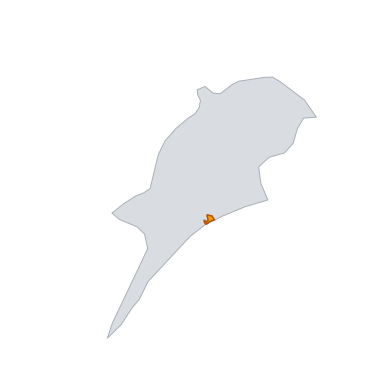 Agios Epiktitos, Cyprus shown in context, rotated 151°
{"feature_id": "46923920B11647519105740", "entity_name": "Agios Epiktitos", "entity_type": "district", "adm_level": 2, "iso_a3": "CYP", "parent_name": "Cyprus", "parent_adm1": "", "projection": "natural_earth1", "projection_center": [33.422, 35.313], "detail": "fine", "context": "in_parent", "style": "filled", "palette": "amber", "viewbox_px": 384, "rotation_deg": 151, "n_neighbors": 0, "source": "geoboundaries", "source_scale": "gbopen_adm2", "svg_char_len": 1543}
<svg xmlns="http://www.w3.org/2000/svg" viewBox="0 0 384 384"><g transform="rotate(151 192 192)"><path d="M268.8,203.2L272.2,212.3L257.6,214.9L242.9,215.8L234.7,214.7L227.1,215.2L203.2,241.2L190.4,250.0L175.2,255.3L159.6,258.5L151.8,258.9L144.9,262.2L140.1,268.2L140.0,274.1L137.9,278.9L129.4,277.9L125.8,268.4L119.8,264.3L104.7,266.5L97.3,266.2L73.2,257.2L65.9,253.5L61.4,245.7L49.0,217.8L47.0,197.2L58.6,202.5L69.4,196.1L79.8,185.6L92.3,181.3L100.0,183.2L107.7,185.0L121.5,181.7L127.6,166.2L129.5,148.3L152.9,153.4L176.6,156.1L196.1,157.0L215.2,154.1L273.8,135.0L290.3,123.6L300.6,119.7L318.4,110.3L337.0,105.1L325.1,116.0L258.2,163.9L253.9,178.2L256.9,188.1L266.3,200.0L268.8,203.2Z" fill="#d9dde1" stroke="#a8b0b8" stroke-width="1"/><path d="M185.9,159.4L186.1,159.8L186.3,160.2L186.3,160.6L186.0,161.2L189.7,164.6L190.2,164.2L190.2,163.6L190.6,163.5L190.6,162.2L190.8,161.9L190.9,161.4L191.2,161.1L191.4,160.8L191.4,160.5L191.4,159.9L192.0,159.4L192.4,159.2L193.0,159.1L193.6,159.0L194.0,158.9L194.0,159.5L194.2,159.9L194.3,160.4L194.5,160.8L194.7,161.1L195.1,161.3L195.3,160.9L195.6,160.3L195.7,159.9L195.8,159.5L195.9,159.1L195.9,158.7L195.7,158.3L195.5,157.8L195.6,157.4L195.4,157.2L194.9,156.9L194.4,157.3L194.0,157.2L193.7,156.9L193.3,157.1L192.9,157.2L192.5,157.4L191.9,157.5L191.4,157.5L191.1,157.5L190.5,157.5L190.0,157.2L189.3,157.2L188.8,157.3L188.3,157.3L187.9,157.2L187.5,157.0L187.0,156.9L186.5,157.0L185.8,156.8L185.8,157.4L185.9,158.0L185.9,158.7L185.9,159.4Z" fill="#f59e0b" stroke="#b45309" stroke-width="1.5"/></g></svg>